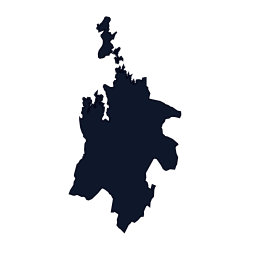 the district of Geita, Geita, United Republic of Tanzania, rotated 15°
{"feature_id": "72390352B97667671873629", "entity_name": "Geita", "entity_type": "district", "adm_level": 2, "iso_a3": "TZA", "parent_name": "United Republic of Tanzania", "parent_adm1": "Geita", "projection": "equal_earth", "projection_center": [32.048, -2.782], "detail": "fine", "context": "isolated", "style": "filled", "palette": "ink", "viewbox_px": 256, "rotation_deg": 15, "n_neighbors": 0, "source": "geoboundaries", "source_scale": "gbopen_adm2", "svg_char_len": 5692}
<svg xmlns="http://www.w3.org/2000/svg" viewBox="0 0 256 256"><g transform="rotate(15 128 128)"><path d="M88.5,206.6L93.2,206.8L96.1,205.0L100.9,205.9L102.7,205.2L104.9,205.5L106.6,207.4L108.3,207.5L111.0,205.5L115.3,198.4L117.7,193.1L119.0,192.1L121.6,192.7L126.0,194.5L127.3,196.0L129.3,196.5L131.5,199.2L132.5,199.6L133.8,213.2L135.7,212.6L136.6,211.7L141.6,213.3L141.9,215.1L141.6,219.0L142.8,222.3L142.7,224.5L145.3,226.5L147.0,226.9L151.4,229.6L153.2,220.9L154.1,220.0L155.5,216.6L158.6,217.2L161.0,214.0L162.7,210.5L164.0,209.4L165.2,209.3L165.2,207.7L164.2,204.6L165.2,198.4L166.8,197.0L169.1,198.1L168.3,194.1L168.7,190.3L170.1,187.6L168.7,181.2L168.7,178.4L169.2,177.1L166.3,176.7L166.3,179.4L166.9,181.3L163.5,181.3L162.1,179.8L161.7,178.1L160.3,175.8L157.8,174.7L157.8,171.4L156.2,166.9L160.1,151.1L161.4,149.9L164.1,150.0L170.1,155.1L172.7,158.0L175.0,158.9L176.1,158.7L179.1,156.2L183.5,155.5L183.6,152.4L184.1,150.4L183.3,143.5L180.7,140.3L178.3,134.9L178.6,133.0L180.2,131.1L179.9,130.6L173.8,127.7L168.3,126.7L165.7,126.9L164.5,125.8L162.6,125.2L160.9,120.6L159.3,119.0L159.8,117.6L159.7,115.3L161.2,112.4L161.4,109.1L165.1,107.5L166.4,105.5L170.5,104.5L175.0,104.4L175.4,101.8L174.4,98.9L171.2,99.1L165.2,96.9L163.7,97.1L160.9,96.1L157.7,95.9L156.5,95.2L152.1,94.3L140.5,94.9L140.0,93.0L139.9,89.0L136.9,85.8L136.4,83.9L134.4,83.1L132.2,74.9L129.5,76.1L129.5,78.9L126.3,78.7L124.1,79.4L123.9,80.2L124.7,82.4L122.0,84.5L121.7,83.7L122.1,82.1L121.8,82.2L121.9,81.9L121.0,80.3L119.9,83.1L119.3,83.4L118.8,83.1L117.9,81.0L117.2,80.6L117.7,80.7L117.4,80.4L117.8,79.1L117.1,78.3L117.5,76.3L116.1,77.6L115.4,76.8L114.6,76.9L114.5,79.9L113.7,80.1L113.2,79.5L112.9,77.9L111.7,75.8L111.3,74.1L110.5,73.5L109.7,73.9L109.5,75.6L108.6,75.7L108.0,72.2L108.8,70.2L107.9,69.9L107.5,69.0L107.1,70.8L107.7,71.3L106.6,74.3L106.7,76.3L105.2,76.2L105.2,73.4L104.7,72.8L104.8,71.6L104.3,71.0L104.0,72.4L103.0,73.0L102.9,73.7L101.3,73.5L100.9,74.4L102.2,76.7L102.6,76.1L103.5,76.7L103.7,78.2L102.8,79.6L102.9,82.4L103.2,82.8L102.9,81.3L103.3,82.5L104.7,83.1L104.6,85.2L103.0,85.9L102.4,87.9L103.8,91.0L103.8,92.2L102.6,93.2L100.1,93.7L94.6,92.2L93.8,92.7L93.7,94.6L94.8,95.5L95.4,96.9L97.6,98.4L98.3,100.6L99.3,101.8L99.5,102.7L101.2,104.5L101.9,106.9L101.9,109.9L102.2,110.1L102.1,109.5L103.4,109.5L104.8,112.1L104.9,114.5L105.3,114.9L104.7,114.6L104.4,115.0L103.4,114.3L103.9,114.7L103.4,114.6L103.4,116.0L104.0,116.8L103.5,118.8L104.3,119.5L104.5,120.6L106.6,121.6L107.7,123.0L108.0,124.3L108.5,124.7L108.4,126.3L108.0,127.0L106.7,126.5L105.8,127.1L105.2,126.1L103.9,125.6L102.2,128.2L100.3,127.2L99.6,125.3L100.7,121.6L99.8,120.0L100.3,118.8L100.2,117.3L99.7,117.6L99.9,116.6L100.4,116.9L99.6,116.3L99.9,114.7L99.2,114.0L98.7,114.4L99.0,113.9L98.4,114.6L97.8,114.0L98.0,112.3L97.6,112.5L98.4,110.9L97.8,110.8L97.0,111.8L96.2,110.3L94.9,111.1L94.4,112.4L93.9,111.4L94.0,108.4L94.4,109.1L94.4,108.5L94.9,108.9L95.7,107.2L95.7,106.8L95.2,106.9L95.0,106.6L95.4,106.8L95.0,105.6L95.7,104.4L95.0,103.5L93.4,103.0L92.9,104.0L92.9,105.0L92.4,105.4L91.9,105.2L91.4,104.1L90.1,105.0L89.2,104.5L88.7,100.8L88.1,101.8L88.3,102.6L87.5,103.0L87.7,103.6L87.2,104.6L89.6,106.2L89.6,108.6L90.2,108.5L90.1,108.8L91.0,108.3L91.4,110.6L90.7,110.2L90.6,109.2L90.2,108.9L90.2,110.5L91.2,110.8L89.9,110.6L89.6,111.7L90.2,111.7L89.5,112.0L90.2,112.0L90.1,112.6L89.6,112.6L90.0,115.3L90.4,114.9L90.7,115.8L90.6,115.3L90.6,115.0L90.8,115.0L90.8,115.8L91.5,116.1L91.3,116.7L90.4,117.0L88.2,114.3L87.1,115.2L85.9,118.2L85.8,121.6L85.2,123.4L84.7,122.3L85.2,118.6L85.3,117.8L84.7,117.0L85.0,115.3L84.1,114.4L84.4,114.1L85.0,114.6L85.3,114.4L85.0,114.4L84.6,114.2L85.5,114.1L85.9,112.3L85.4,110.8L83.6,110.5L83.4,109.8L83.7,109.2L83.3,108.7L82.3,109.2L81.5,109.0L81.2,109.6L81.5,110.5L81.3,110.4L81.2,111.3L79.4,110.7L78.6,112.4L78.7,113.3L78.1,115.2L79.6,117.9L80.7,118.4L80.5,119.8L79.0,120.3L79.7,123.3L79.3,124.9L79.6,125.6L80.1,125.2L81.2,126.8L82.0,129.2L81.6,131.1L79.7,131.6L79.0,131.0L79.4,132.5L82.4,139.8L85.2,144.0L87.2,145.9L87.5,147.6L90.6,149.3L91.8,151.7L91.0,153.1L90.8,154.6L92.0,160.4L93.6,164.3L92.4,165.0L92.9,167.6L92.2,167.7L92.5,169.3L90.5,171.7L89.8,174.5L88.5,176.6L88.6,186.8L88.9,188.1L90.6,189.7L91.0,190.6L90.2,194.0L90.7,197.1L88.9,202.9L88.5,206.6ZM82.7,28.6L82.4,27.3L81.2,26.4L78.0,26.6L77.3,27.4L77.1,29.5L75.4,34.2L74.6,34.7L74.4,36.4L73.5,36.6L72.3,35.7L71.9,36.1L72.9,37.7L72.2,39.1L72.4,40.1L73.1,40.3L74.0,39.6L75.1,42.4L79.3,39.1L80.2,39.1L80.0,41.5L79.0,44.1L78.2,44.9L78.4,46.3L81.6,49.3L82.2,51.4L82.5,53.5L82.3,55.4L80.4,60.7L80.3,63.5L81.4,67.1L82.8,67.7L86.3,65.9L87.4,63.4L90.6,62.4L90.6,60.9L91.7,59.5L92.5,59.2L92.8,57.9L91.1,57.7L91.2,56.0L92.8,54.1L92.5,53.6L91.8,53.8L91.8,53.0L91.4,52.1L88.1,50.2L87.8,48.7L89.4,45.9L90.7,45.7L90.9,41.3L92.2,38.1L89.0,42.5L88.4,42.8L86.9,42.1L86.2,40.7L84.5,41.2L83.7,40.5L83.4,39.4L83.9,37.6L82.6,36.0L83.0,35.2L82.6,34.9L82.8,34.1L81.6,31.7L82.7,28.6ZM99.5,54.5L99.5,53.1L98.7,52.7L98.0,53.6L98.4,54.6L97.7,54.2L97.1,54.7L97.1,55.8L96.6,55.3L95.4,57.6L95.2,56.6L94.3,59.3L95.0,58.9L95.5,59.8L96.9,58.5L97.4,58.9L97.3,60.4L98.2,60.6L98.7,58.7L98.3,57.1L99.5,54.5ZM101.8,63.9L100.4,62.2L99.5,62.8L99.6,64.1L98.5,64.3L97.8,63.2L97.1,63.9L97.8,64.3L98.8,66.3L99.6,66.1L99.3,67.4L99.7,68.1L100.8,67.2L101.0,68.0L101.6,68.2L101.9,67.3L101.2,65.3L101.8,64.2L102.5,64.1L102.3,63.3L101.9,63.4L101.8,63.9ZM105.0,62.7L102.9,60.9L102.2,61.6L102.6,63.3L103.7,63.7L104.2,63.2L105.2,63.8L105.0,62.7ZM77.8,112.5L78.1,112.1L77.8,109.6L77.4,110.7L76.9,110.9L77.3,112.2L77.8,112.5ZM114.6,76.7L114.6,75.9L114.4,75.4L114.2,76.4L114.6,76.7ZM99.2,61.5L99.1,61.0L98.6,61.0L98.7,61.4L99.2,61.5Z" fill="#0f172a" stroke="#020617" stroke-width="1.5"/></g></svg>